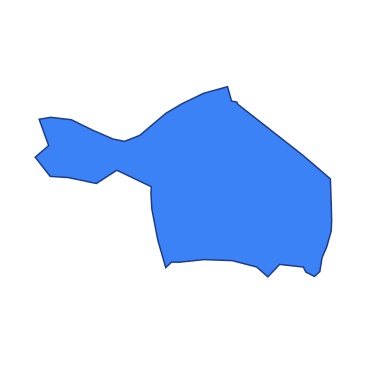 the district of Mangalmé, Guéra, Chad, rotated 69°
{"feature_id": "50815135B54463089232866", "entity_name": "Mangalmé", "entity_type": "district", "adm_level": 2, "iso_a3": "TCD", "parent_name": "Chad", "parent_adm1": "Guéra", "projection": "albers", "projection_center": [19.561, 12.316], "detail": "fine", "context": "isolated", "style": "filled", "palette": "blue", "viewbox_px": 384, "rotation_deg": 69, "n_neighbors": 0, "source": "geoboundaries", "source_scale": "gbopen_adm2", "svg_char_len": 803}
<svg xmlns="http://www.w3.org/2000/svg" viewBox="0 0 384 384"><g transform="rotate(69 192 192)"><path d="M106.4,121.1L104.0,145.8L106.0,169.8L109.1,188.0L114.2,202.7L120.4,220.4L120.5,236.8L114.3,246.7L98.5,262.8L81.3,278.7L71.7,297.0L69.3,308.6L97.3,309.2L103.3,325.9L126.6,318.8L134.2,302.3L149.8,278.2L144.7,254.4L172.5,228.1L178.2,230.7L193.5,235.6L224.8,241.2L253.2,243.6L250.1,236.3L250.1,236.2L253.0,229.0L259.4,205.0L270.5,179.0L285.2,158.5L298.4,151.6L291.0,136.1L302.0,114.9L307.4,114.5L314.7,108.0L314.7,107.9L312.1,101.2L299.9,94.1L291.5,85.9L278.3,76.0L268.8,71.9L253.7,66.5L249.9,65.2L229.6,58.2L229.4,58.1L212.3,67.3L197.4,75.4L153.4,101.7L126.7,117.7L125.6,117.8L124.2,117.9L122.7,120.2L121.2,122.5L106.5,121.1L106.4,121.1Z" fill="#3b82f6" stroke="#1e3a8a" stroke-width="1.5"/></g></svg>